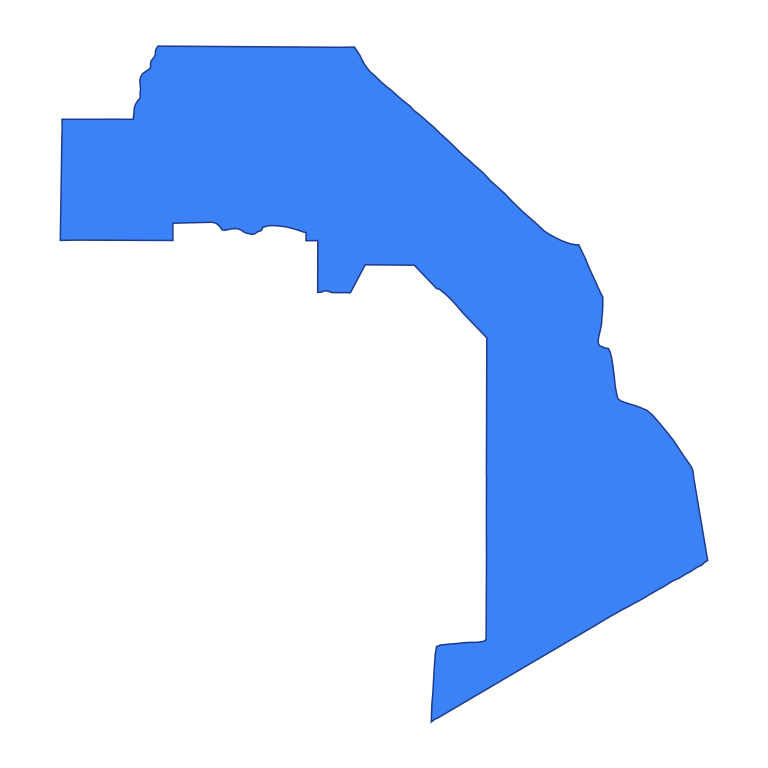 Borei Cholsar, Takêv, Cambodia (Albers equal-area conic projection)
{"feature_id": "14789045B63484458501082", "entity_name": "Borei Cholsar", "entity_type": "district", "adm_level": 2, "iso_a3": "KHM", "parent_name": "Cambodia", "parent_adm1": "Takêv", "projection": "albers", "projection_center": [104.993, 10.787], "detail": "fine", "context": "isolated", "style": "filled", "palette": "blue", "viewbox_px": 768, "rotation_deg": 0, "n_neighbors": 0, "source": "geoboundaries", "source_scale": "gbopen_adm2", "svg_char_len": 3075}
<svg xmlns="http://www.w3.org/2000/svg" viewBox="0 0 768 768"><path d="M354.4,47.0L347.7,47.2L338.6,47.3L158.0,46.1L156.6,48.3L155.5,50.7L155.4,53.5L155.1,55.1L153.9,57.5L151.1,60.9L150.4,64.1L150.7,66.2L150.0,68.3L148.8,69.5L146.5,70.9L144.4,72.4L142.8,73.6L141.5,75.2L140.5,77.3L139.8,80.9L140.1,82.7L140.4,87.2L140.7,89.4L140.2,91.1L140.1,93.7L140.2,97.8L138.0,100.5L136.0,103.4L135.0,105.7L134.4,107.7L134.1,109.8L133.9,113.2L133.5,116.3L133.4,119.3L126.0,119.3L116.0,119.2L106.6,119.2L98.1,119.3L62.0,119.3L62.2,127.1L61.9,136.3L60.3,240.4L76.6,240.1L172.9,240.5L172.9,223.2L205.5,222.4L207.6,222.4L211.0,222.2L215.3,222.9L217.2,224.1L219.3,226.1L220.9,227.8L221.7,229.7L224.7,230.3L228.2,229.6L230.9,229.0L235.4,228.6L238.3,228.9L241.1,230.2L244.8,232.5L246.7,233.3L249.2,233.6L251.4,234.4L254.9,233.8L257.2,232.0L261.4,230.5L262.9,227.3L268.5,225.7L273.6,225.6L280.6,226.1L286.8,227.0L293.6,228.8L299.1,230.5L303.4,232.0L306.1,232.7L306.0,240.7L317.8,240.6L317.7,292.3L321.4,292.2L324.1,290.8L327.6,291.1L329.4,291.7L332.1,292.6L350.4,292.7L365.2,264.8L414.3,265.2L436.6,288.6L439.4,289.2L446.0,294.6L451.5,299.9L456.9,305.9L463.0,313.1L486.8,337.9L486.6,410.8L486.4,473.8L486.5,476.9L486.4,507.7L486.4,531.6L486.5,555.6L486.1,639.7L483.5,641.3L477.7,642.3L469.0,642.4L462.8,642.8L456.6,643.6L449.9,644.0L445.1,644.6L440.7,645.0L438.1,646.0L436.6,646.4L435.3,653.7L434.5,664.7L433.6,679.3L432.9,692.5L431.9,703.5L431.5,715.0L431.3,721.9L435.2,719.1L437.9,717.9L590.7,628.1L594.6,625.9L597.7,624.0L601.2,621.8L605.1,619.5L606.4,618.7L611.4,615.8L613.1,614.9L616.1,613.2L621.4,610.1L627.0,607.3L631.2,605.0L633.7,603.6L635.3,602.7L637.8,601.4L641.6,599.4L645.6,597.0L649.3,594.7L653.6,592.3L656.3,590.7L659.5,588.9L663.5,586.8L666.5,584.9L669.7,582.8L672.4,581.2L673.7,580.5L675.6,579.6L678.3,578.6L681.5,576.7L683.7,575.3L686.9,573.5L689.2,572.3L693.1,569.9L694.9,568.7L697.8,566.9L701.4,565.3L702.9,563.9L704.9,562.1L707.7,560.5L693.8,478.1L693.6,476.2L693.3,473.7L692.6,469.7L691.1,466.5L688.5,462.7L684.0,456.3L678.8,448.5L673.5,440.4L666.4,431.5L658.8,422.3L652.8,415.4L646.6,410.1L644.7,409.4L641.3,407.9L635.8,405.8L628.5,403.7L621.1,401.1L617.9,398.7L616.7,394.1L615.2,386.0L614.2,375.8L613.1,367.3L611.7,358.2L610.2,352.1L608.5,348.6L605.1,348.0L599.8,345.8L598.5,344.0L598.2,340.4L599.1,335.1L600.6,328.8L601.5,324.1L601.8,319.3L602.5,312.0L602.8,305.2L602.8,297.0L600.7,293.2L598.5,288.4L596.1,283.0L593.2,276.6L589.1,267.8L585.8,259.5L580.9,249.3L578.8,244.9L576.0,244.8L570.0,243.7L562.3,241.0L554.5,237.2L548.9,234.0L544.1,230.9L538.5,225.5L529.5,217.6L522.6,211.6L513.7,203.0L504.5,193.4L496.4,186.1L490.6,180.9L483.2,172.9L474.6,165.4L468.3,159.5L463.8,155.9L457.0,149.3L451.1,143.5L445.9,138.6L440.0,133.4L438.4,131.7L436.9,130.3L435.0,128.4L431.6,125.2L429.0,123.2L425.7,120.2L422.0,116.9L417.6,113.3L413.6,110.2L410.8,106.8L405.9,102.9L402.3,100.1L397.2,95.6L391.5,90.4L386.4,86.5L381.6,82.4L377.3,78.2L373.6,74.7L369.6,71.2L367.2,68.0L364.5,64.3L362.5,60.7L359.8,55.2L356.9,50.8L354.4,47.0Z" fill="#3b82f6" stroke="#1e3a8a" stroke-width="1.5"/></svg>